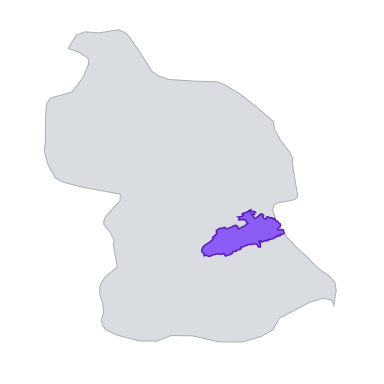 Gicumbi, Northern, Rwanda shown in context, rotated 96°
{"feature_id": "39286606B99169436422336", "entity_name": "Gicumbi", "entity_type": "district", "adm_level": 2, "iso_a3": "RWA", "parent_name": "Rwanda", "parent_adm1": "Northern", "projection": "natural_earth1", "projection_center": [30.098, -1.619], "detail": "fine", "context": "in_parent", "style": "filled", "palette": "violet", "viewbox_px": 384, "rotation_deg": 96, "n_neighbors": 0, "source": "geoboundaries", "source_scale": "gbopen_adm2", "svg_char_len": 6918}
<svg xmlns="http://www.w3.org/2000/svg" viewBox="0 0 384 384"><g transform="rotate(96 192 192)"><path d="M147.8,95.5L152.8,95.3L185.6,86.3L188.9,89.1L194.2,106.7L197.0,109.3L201.6,109.9L210.8,105.9L227.7,92.1L235.1,83.7L243.7,71.9L254.8,58.6L261.0,47.1L267.1,40.3L275.0,38.3L283.8,38.8L289.9,39.0L284.9,41.8L283.8,50.3L289.6,63.8L308.4,91.9L320.4,97.0L328.3,107.9L335.9,126.3L338.2,149.3L335.0,177.0L336.9,197.6L343.9,211.1L345.7,228.6L342.4,250.1L338.4,262.9L333.7,267.2L328.3,268.8L321.0,267.3L312.2,269.2L302.6,273.2L296.5,273.8L292.7,273.0L285.6,269.5L274.4,258.4L253.5,264.6L247.8,264.4L240.1,269.7L233.9,276.2L230.1,276.7L226.2,275.8L208.2,262.7L201.6,263.1L198.9,299.9L195.9,320.4L192.2,329.5L179.3,338.3L166.3,343.3L159.2,343.0L130.6,345.7L119.4,345.7L113.3,342.7L105.2,321.9L90.1,312.6L75.5,308.2L69.6,309.4L64.4,320.4L62.2,330.2L48.1,323.4L43.9,315.2L43.5,301.2L38.3,282.0L41.2,273.8L46.7,268.5L58.4,258.4L76.2,244.4L80.0,237.7L82.5,226.5L81.4,200.6L79.7,178.7L81.8,170.9L89.9,154.0L100.8,136.6L113.5,118.3L121.2,116.5L131.2,109.6L141.9,99.3L147.8,95.5Z" fill="#d9dde1" stroke="#a8b0b8" stroke-width="1"/><path d="M249.9,176.1L251.2,175.4L251.6,173.5L251.9,173.1L252.4,173.0L253.5,173.6L253.9,173.6L254.2,173.4L253.9,172.8L253.5,171.1L254.1,169.3L254.2,168.5L254.0,167.2L252.3,164.8L252.2,164.0L251.6,162.6L251.6,162.3L251.2,161.5L251.0,160.8L251.1,160.5L250.9,159.8L250.8,158.4L250.9,158.1L251.0,157.1L250.7,156.4L250.6,155.3L250.4,154.9L250.2,154.7L249.8,154.3L249.8,153.9L249.9,153.7L250.7,153.1L250.8,153.2L251.0,152.9L251.5,152.7L252.3,151.9L251.8,151.3L251.4,150.3L251.3,149.8L250.7,149.1L250.7,148.2L250.0,147.2L249.7,147.0L249.1,145.9L248.6,145.5L248.2,145.5L247.6,145.2L247.3,145.2L247.0,145.0L246.8,144.7L246.8,143.7L246.4,143.0L246.3,142.4L246.3,141.8L245.7,142.0L245.2,141.7L245.3,141.3L245.1,141.1L245.1,140.7L244.7,140.3L244.3,139.6L244.4,139.1L244.4,138.7L243.9,137.7L243.6,137.6L242.9,137.9L242.7,137.6L242.4,137.5L242.3,137.1L242.1,137.1L241.8,137.3L241.7,136.9L241.2,135.8L241.1,135.1L240.7,134.8L240.1,133.9L239.8,133.2L239.7,132.8L239.1,131.9L239.1,131.3L238.8,131.0L238.6,130.6L238.2,130.0L238.2,129.7L238.3,129.5L238.1,129.2L238.0,128.8L238.1,128.1L238.0,127.8L238.1,127.4L237.7,126.3L237.3,125.7L237.1,125.1L237.1,124.7L237.1,123.3L237.0,122.8L237.2,122.3L237.2,121.8L237.4,121.7L237.7,121.3L237.9,121.3L238.2,121.1L238.7,121.1L239.3,120.7L239.4,120.3L239.5,120.1L239.7,119.8L239.6,119.1L239.7,118.7L239.8,118.5L239.5,118.3L239.1,118.4L239.1,118.5L238.8,118.4L238.6,118.4L238.3,118.3L238.2,118.5L237.5,118.5L236.5,118.6L236.1,118.6L235.3,119.0L235.2,119.1L235.1,119.5L234.8,119.8L234.8,120.0L234.4,120.1L234.2,120.4L233.9,120.3L233.7,120.0L233.4,119.6L233.5,119.2L233.4,118.9L233.5,118.5L233.3,118.1L234.0,117.9L234.3,118.0L234.4,117.7L233.9,115.7L232.9,114.8L232.6,114.3L232.7,114.0L233.0,113.6L232.7,112.9L232.8,112.9L232.6,112.0L232.1,111.7L231.9,111.4L231.7,111.4L231.4,111.6L231.2,110.4L231.4,110.3L231.0,109.8L230.9,109.8L231.0,109.2L230.5,108.5L230.5,108.0L230.2,107.2L230.1,106.8L229.8,106.7L229.7,106.5L229.8,106.1L229.6,106.1L229.2,105.8L229.0,105.4L228.7,105.3L228.7,105.2L228.4,104.7L228.5,104.1L228.0,104.0L227.3,103.7L227.6,103.5L227.2,102.1L226.7,102.2L226.8,102.0L226.5,101.7L226.3,101.2L226.4,100.5L226.6,100.3L226.5,99.9L226.2,99.7L225.9,99.7L225.8,99.9L224.8,100.0L224.8,99.7L224.9,99.4L225.0,99.0L224.9,98.4L224.6,97.7L224.3,97.4L223.7,96.4L223.8,96.3L223.6,96.2L223.0,96.2L220.1,97.2L220.0,97.3L220.2,97.8L220.1,98.4L220.5,99.8L220.4,100.7L220.7,101.4L220.5,102.1L220.5,102.8L220.3,103.1L220.0,103.0L219.3,102.6L218.7,102.4L218.2,101.9L217.9,101.3L217.0,100.9L216.2,100.7L215.9,100.3L214.3,101.1L214.0,101.9L213.6,102.6L213.3,102.9L212.7,103.1L212.2,104.0L211.7,105.8L210.8,106.5L210.2,106.5L209.6,107.1L210.1,108.1L210.1,108.4L210.4,108.6L210.0,109.1L209.8,109.1L209.9,109.6L209.4,109.7L209.2,109.9L209.3,110.8L209.2,111.0L209.7,112.3L209.7,112.8L209.2,113.2L208.9,113.2L208.7,113.4L208.5,113.7L208.6,114.0L208.8,114.5L209.0,114.8L209.1,115.1L209.3,115.5L210.0,115.4L210.3,115.4L210.5,115.6L211.2,115.4L211.5,116.9L211.2,117.5L210.6,117.8L210.3,118.3L209.6,119.0L209.1,119.0L208.7,118.5L208.4,118.4L207.6,118.4L207.2,119.4L207.2,119.8L206.7,120.0L206.4,119.9L206.4,120.1L206.8,121.0L206.9,121.4L207.1,121.8L207.1,122.2L207.6,122.4L207.8,121.6L208.1,121.9L208.1,122.4L208.3,122.9L208.7,123.2L209.1,123.2L209.5,124.2L209.9,124.3L210.1,124.7L210.7,125.2L211.4,126.2L211.9,127.4L211.7,127.2L211.5,127.3L210.9,127.4L210.1,128.5L208.1,130.5L208.1,129.3L207.9,127.5L206.8,128.3L205.5,126.8L205.0,127.7L204.8,128.7L204.8,129.8L205.1,130.7L205.4,131.3L205.3,131.6L204.9,132.0L204.5,131.7L204.3,131.7L204.4,131.9L204.5,132.4L203.7,132.1L203.8,132.3L204.7,133.6L205.3,133.9L205.6,133.8L205.8,134.1L205.9,134.5L206.1,134.8L205.9,135.0L205.9,135.4L206.5,135.9L206.7,136.1L207.1,136.4L207.3,137.7L207.3,137.9L207.9,139.2L208.4,139.7L208.7,139.6L209.0,139.7L209.0,139.2L209.4,139.0L209.6,138.5L210.2,138.7L210.5,139.1L210.7,139.3L210.9,139.8L211.3,140.1L211.5,141.4L211.8,141.9L211.7,142.3L212.0,142.9L212.2,143.2L212.2,143.7L212.6,143.2L213.3,142.0L213.8,142.2L214.1,142.2L214.4,142.4L214.9,142.5L215.0,142.4L214.8,141.6L214.6,141.4L214.7,141.1L214.2,140.4L214.3,139.2L214.2,138.9L214.3,138.7L214.4,138.3L213.9,137.3L213.8,136.8L214.1,136.3L215.2,135.7L215.3,135.2L215.6,134.7L216.0,134.6L216.4,134.3L216.5,134.1L217.1,133.8L217.6,133.2L218.2,134.4L218.5,134.5L218.5,134.8L218.8,134.9L218.9,135.1L219.4,135.4L219.7,135.7L220.4,136.1L220.7,136.9L221.7,138.8L222.4,139.4L223.1,140.9L223.9,141.8L223.1,142.0L222.5,142.6L222.1,143.1L221.9,143.3L221.4,143.2L221.5,143.5L221.1,144.2L220.7,144.5L220.6,145.0L221.0,145.4L221.0,145.6L220.8,145.8L221.1,146.0L221.4,147.0L221.8,147.7L221.9,148.2L222.4,148.4L222.5,148.8L222.8,149.2L222.9,149.4L223.2,149.9L223.4,150.7L223.5,150.8L223.7,151.1L224.2,151.4L224.3,151.8L224.5,152.1L224.6,152.5L224.7,153.0L224.9,153.1L225.0,153.4L224.9,153.5L224.9,153.9L224.6,154.1L224.6,154.4L224.5,154.6L224.3,154.6L223.9,155.0L223.9,155.7L223.8,156.2L223.8,156.4L224.2,156.8L224.3,156.9L224.5,157.1L224.4,157.2L224.7,157.5L224.7,158.1L225.0,158.5L225.1,159.1L225.3,159.5L225.3,159.9L225.1,160.2L225.1,160.4L225.2,160.6L225.4,160.6L225.6,160.8L225.6,161.0L226.1,161.3L226.2,161.7L226.1,161.8L226.5,162.2L226.5,162.4L226.9,162.7L227.1,162.7L227.3,162.9L227.3,163.3L227.4,163.1L227.4,163.3L227.5,163.2L227.7,163.4L228.3,163.4L228.3,163.5L229.5,163.7L229.9,163.2L230.2,163.0L230.9,163.0L231.2,163.2L231.5,163.1L232.0,164.1L232.5,164.5L232.5,165.2L232.6,164.9L233.3,164.5L233.9,164.7L234.5,166.5L234.7,166.8L235.3,166.6L235.8,166.7L236.1,166.7L236.7,166.3L237.2,166.4L237.6,166.8L237.9,167.3L238.5,167.6L238.7,168.2L239.0,168.5L239.9,169.0L240.8,170.2L241.1,170.4L241.4,171.1L242.2,171.8L242.9,172.8L243.2,173.5L243.6,173.8L244.7,174.3L245.3,175.3L245.8,175.5L248.1,176.1L249.0,176.2L249.9,176.1Z" fill="#8b5cf6" stroke="#5b21b6" stroke-width="1.5"/></g></svg>